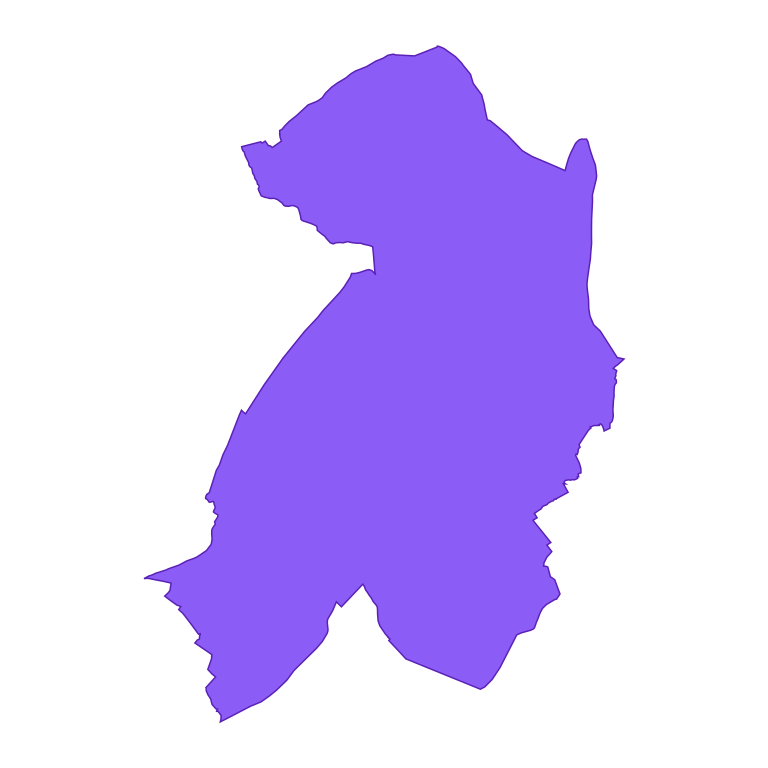 Ohaba, Alba, Romania (orthographic projection)
{"feature_id": "2599482B92968068732645", "entity_name": "Ohaba", "entity_type": "district", "adm_level": 2, "iso_a3": "ROU", "parent_name": "Romania", "parent_adm1": "Alba", "projection": "orthographic", "projection_center": [23.801, 46.088], "detail": "fine", "context": "isolated", "style": "filled", "palette": "violet", "viewbox_px": 768, "rotation_deg": 0, "n_neighbors": 0, "source": "geoboundaries", "source_scale": "gbopen_adm2", "svg_char_len": 5299}
<svg xmlns="http://www.w3.org/2000/svg" viewBox="0 0 768 768"><path d="M480.4,689.2L484.8,686.9L492.2,679.4L500.0,667.6L516.8,634.8L521.5,632.8L530.8,630.2L533.5,628.9L534.4,627.9L535.6,624.7L536.3,622.4L537.7,619.3L540.0,613.1L542.4,608.6L543.5,607.4L546.5,604.5L554.7,599.6L556.6,599.1L560.0,594.0L554.7,579.7L550.4,576.7L547.8,567.0L546.0,566.3L543.7,566.2L544.0,562.8L546.9,557.1L551.8,551.6L546.9,545.1L550.8,542.5L534.4,522.1L533.0,520.2L537.1,517.8L534.4,513.4L534.8,513.1L541.4,508.6L542.6,506.4L547.0,504.6L548.4,503.0L551.7,501.2L553.5,500.7L554.3,499.2L556.1,499.2L556.1,498.8L568.1,492.3L563.4,483.8L565.5,483.9L564.7,483.4L564.0,482.7L564.8,481.1L565.5,480.4L569.0,479.8L570.3,480.2L572.3,479.7L574.6,479.8L577.6,478.4L577.3,476.9L578.7,476.7L578.1,474.0L581.0,472.8L580.8,468.2L579.3,463.0L575.5,455.1L576.2,454.0L577.2,454.5L578.0,452.1L578.5,448.6L580.0,447.4L579.1,444.5L588.4,430.3L590.9,428.0L590.1,427.1L593.7,425.6L599.3,425.4L598.8,424.7L600.5,423.8L601.9,424.9L602.7,426.4L603.6,428.9L604.1,431.0L609.9,428.2L610.0,423.3L611.7,421.9L612.5,420.2L613.3,416.2L612.9,410.2L613.5,399.9L614.1,396.2L614.0,393.0L614.1,389.7L614.4,386.5L614.9,384.6L616.4,382.8L616.3,379.4L616.3,379.5L614.8,378.9L614.8,378.4L615.9,375.8L615.7,374.2L616.7,370.6L613.3,368.5L615.4,366.3L617.4,365.0L624.0,359.0L619.9,358.1L617.2,357.5L606.2,340.3L600.4,331.2L593.7,324.8L590.0,316.1L588.8,308.8L588.5,299.0L587.8,293.4L587.1,287.3L587.0,283.4L587.6,278.0L588.6,270.8L590.4,258.8L590.7,253.7L591.6,243.4L591.5,237.0L591.5,229.5L591.6,219.3L592.5,201.3L592.4,194.9L596.3,178.9L596.6,175.7L595.7,167.4L595.3,164.8L592.8,158.1L590.1,149.9L589.3,146.9L587.9,141.6L587.6,141.0L586.5,139.1L584.1,139.2L581.6,139.1L579.5,139.7L577.7,141.1L575.6,143.3L572.4,149.6L571.7,150.9L569.8,155.2L568.5,158.5L566.7,164.5L565.1,170.6L561.0,168.8L549.2,163.7L532.1,156.5L522.3,150.7L515.0,143.1L510.0,137.9L507.2,134.9L496.3,125.7L490.2,120.7L487.3,119.9L485.2,110.2L484.7,107.7L484.2,104.4L482.1,96.6L481.7,94.9L473.2,83.4L470.5,74.3L463.1,65.2L461.4,62.8L455.5,56.7L445.4,49.5L444.0,48.5L439.6,46.6L437.4,46.1L436.8,47.2L414.6,55.9L395.5,54.9L393.4,54.2L392.8,54.3L388.0,55.2L383.1,58.2L375.7,61.2L366.4,66.7L355.7,70.9L351.6,73.3L349.6,74.8L345.9,77.9L337.5,82.9L331.7,87.1L325.7,92.9L324.3,94.8L322.3,97.7L319.0,100.1L316.6,101.5L308.1,104.9L296.3,115.8L289.1,121.5L284.7,126.0L281.9,129.4L280.8,130.0L279.7,130.5L279.7,132.2L279.7,133.9L279.8,133.8L280.1,137.4L281.4,141.1L272.3,147.5L270.5,146.0L268.3,145.5L265.2,141.1L262.1,143.1L260.7,141.8L241.6,146.7L242.3,149.5L243.0,150.9L244.2,152.0L245.3,156.0L248.7,162.7L248.8,164.4L249.3,165.9L249.8,166.6L251.7,168.1L252.9,173.6L254.0,175.2L254.5,176.6L254.8,178.3L255.9,180.0L257.0,181.6L257.4,184.1L258.8,185.3L259.2,186.9L258.2,188.8L258.8,190.6L261.2,195.8L263.2,196.7L265.6,197.5L267.5,197.7L268.8,198.3L271.0,198.5L273.9,198.3L277.4,199.5L282.1,203.0L283.7,205.3L285.3,206.1L288.9,206.3L290.4,205.9L292.0,205.5L294.4,205.9L297.7,207.5L298.9,210.0L300.6,216.3L301.0,219.4L302.3,220.6L306.2,221.9L310.8,223.4L312.7,224.2L315.1,225.3L316.5,226.1L317.1,227.3L317.3,230.4L321.1,233.5L324.7,236.2L326.6,238.7L330.2,242.7L332.5,243.7L334.0,243.7L334.5,243.3L336.1,242.7L337.6,242.7L339.6,242.5L343.2,242.8L347.7,241.6L349.0,242.0L352.9,242.8L357.1,243.2L359.4,243.2L361.6,243.4L362.3,243.9L363.8,244.3L368.7,245.3L370.8,246.0L372.7,246.8L373.0,249.9L373.7,257.6L374.3,265.0L374.8,271.6L375.6,274.8L374.9,273.8L374.2,272.9L371.9,270.6L369.1,269.6L366.8,270.0L363.3,271.2L359.8,272.4L355.6,273.4L351.6,273.5L350.3,277.1L344.3,286.6L340.1,292.1L324.5,309.0L322.4,311.4L317.7,317.4L304.4,331.6L283.1,358.0L264.2,384.7L245.6,413.8L242.4,411.3L241.5,410.2L239.4,414.8L227.5,445.5L222.9,454.9L219.4,465.0L216.3,470.4L211.3,486.3L209.2,492.8L207.1,494.1L206.1,495.6L205.6,497.5L205.7,498.6L207.5,499.7L209.0,502.0L209.7,502.3L212.7,501.5L213.7,501.8L214.2,504.5L215.1,506.7L215.1,507.9L213.5,511.3L213.5,512.0L214.4,512.8L217.7,514.8L217.9,516.2L217.1,518.0L214.7,521.6L214.6,522.2L215.2,523.5L215.1,524.5L213.4,526.8L212.0,529.3L211.8,530.5L211.7,534.1L212.1,539.1L211.2,544.3L206.4,550.6L197.1,556.9L193.6,558.5L186.8,560.9L178.9,565.1L172.1,567.5L168.4,568.8L166.0,570.0L155.8,573.2L151.5,575.2L149.0,575.9L144.0,578.6L147.9,578.3L157.3,580.2L163.4,581.3L171.1,583.1L170.0,590.3L168.3,592.7L164.7,596.1L169.1,599.5L176.7,605.0L180.8,606.5L178.7,609.6L182.9,613.4L191.1,624.1L198.5,634.2L200.2,633.7L200.3,634.6L199.7,635.5L199.3,639.2L197.3,640.0L194.9,643.0L206.5,650.9L211.8,654.6L211.5,658.9L207.8,669.4L211.8,673.8L215.6,676.9L205.9,687.6L206.2,688.3L206.2,690.7L208.0,694.9L209.4,696.9L210.8,699.3L212.0,704.4L215.9,708.8L217.5,709.1L217.1,709.5L216.6,711.3L218.0,711.3L221.0,715.3L221.1,718.2L220.3,721.9L250.6,706.2L261.0,701.9L261.9,701.3L269.6,695.8L276.5,690.2L287.0,680.0L293.7,670.9L297.2,667.3L316.5,648.3L322.4,641.4L327.1,633.5L327.8,631.3L328.0,629.6L327.3,623.0L327.4,620.4L328.1,618.4L332.1,611.7L333.0,609.9L336.4,601.8L341.4,606.8L362.8,584.2L364.4,586.5L365.6,589.9L367.6,592.7L368.9,594.8L371.3,598.0L373.2,601.6L376.5,605.5L377.3,607.1L377.5,609.7L377.6,614.5L378.1,620.9L379.8,625.8L385.5,634.2L388.1,637.0L387.9,637.2L389.2,638.4L390.0,639.0L388.8,640.5L399.2,651.6L405.9,658.9L480.4,689.2Z" fill="#8b5cf6" stroke="#5b21b6" stroke-width="1.5"/></svg>